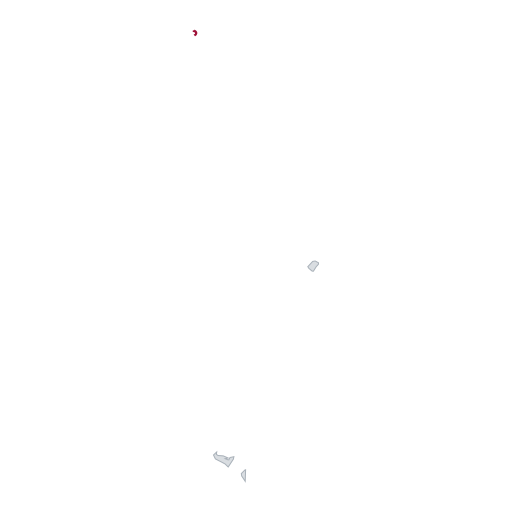 Niuafo'ou, Tonga (highlighted)
{"feature_id": "48082658B75580171821310", "entity_name": "Niuafo'ou", "entity_type": "district", "adm_level": 2, "iso_a3": "TON", "parent_name": "Tonga", "parent_adm1": "", "projection": "orthographic", "projection_center": [-175.613, -15.598], "detail": "fine", "context": "in_parent", "style": "filled", "palette": "rose", "viewbox_px": 512, "rotation_deg": 0, "n_neighbors": 0, "source": "geoboundaries", "source_scale": "gbopen_adm2", "svg_char_len": 1042}
<svg xmlns="http://www.w3.org/2000/svg" viewBox="0 0 512 512"><path d="M227.9,459.8L228.9,459.8L230.0,457.5L233.9,456.7L233.4,459.1L228.2,467.0L225.0,463.9L215.4,458.9L213.5,455.0L216.7,452.0L216.4,454.4L218.0,455.5L223.3,455.9L228.1,458.0L225.2,458.7L227.9,459.8ZM316.2,266.7L313.4,271.2L312.1,271.1L309.0,268.5L307.8,266.7L312.7,261.4L315.2,261.0L318.5,262.8L318.4,264.3L316.2,266.7ZM245.6,469.8L245.2,481.3L241.7,476.0L241.3,473.6L244.9,470.0L245.6,469.8Z" fill="#d9dde1" stroke="#a8b0b8" stroke-width="1"/><path d="M195.8,34.9L196.0,34.6L196.1,34.4L196.2,34.2L196.3,34.1L196.3,33.9L196.3,33.7L196.5,33.4L196.4,33.3L196.5,33.2L196.5,32.9L196.4,32.7L196.5,32.4L196.4,32.2L196.2,31.9L196.1,31.7L195.9,31.4L195.6,31.2L195.3,31.0L195.1,30.8L194.9,30.7L194.8,31.2L194.4,31.0L194.1,31.0L193.9,31.0L193.5,31.1L193.5,31.3L193.8,31.3L194.1,31.3L194.4,31.4L194.7,31.5L195.0,31.8L195.3,32.1L195.5,32.5L195.6,32.8L195.8,33.4L195.6,34.2L195.3,34.6L194.8,34.8L195.2,35.3L195.5,35.1L195.8,34.9Z" fill="#f43f5e" stroke="#9f1239" stroke-width="1.5"/></svg>